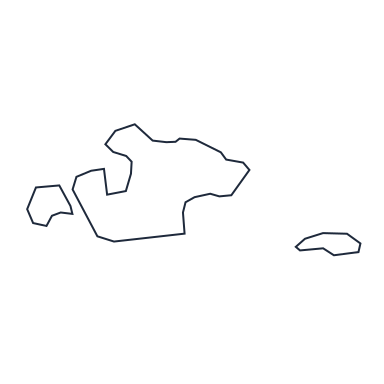 outline of Aland, rotated 357°
{"feature_id": "ALA", "entity_name": "Aland", "entity_type": "country or territory", "adm_level": 0, "iso_a3": "ALA", "parent_name": "Europe", "parent_adm1": "", "projection": "equal_earth", "projection_center": [19.994, 60.209], "detail": "fine", "context": "isolated", "style": "outline", "palette": "slate", "viewbox_px": 384, "rotation_deg": 357, "n_neighbors": 0, "source": "natural_earth", "source_scale": "50m", "svg_char_len": 778}
<svg xmlns="http://www.w3.org/2000/svg" viewBox="0 0 384 384"><g transform="rotate(357 192 192)"><path d="M169.0,140.9L178.2,141.0L182.4,138.0L198.5,140.1L222.9,153.9L227.8,161.4L244.6,165.3L250.5,173.0L231.1,197.3L219.1,197.8L210.1,194.7L194.3,197.3L185.0,201.9L181.9,212.0L182.4,233.2L111.5,237.4L95.2,231.3L72.9,183.2L77.4,170.8L92.4,165.5L105.3,164.3L107.1,190.2L126.0,187.6L132.0,170.6L133.3,158.6L128.2,152.6L115.4,147.9L108.0,139.8L118.7,126.9L138.4,121.4L155.4,138.6L169.0,140.9ZM69.9,199.6L71.4,207.6L59.8,205.6L50.9,208.4L44.9,218.3L31.7,214.7L26.5,200.5L36.4,179.3L59.8,178.5L69.9,199.6ZM357.5,252.2L355.1,260.7L330.4,262.6L320.0,255.1L296.8,256.0L292.8,252.2L302.4,244.6L320.7,239.9L344.6,241.8L357.5,252.2Z" fill="none" stroke="#1e293b" stroke-width="2"/></g></svg>